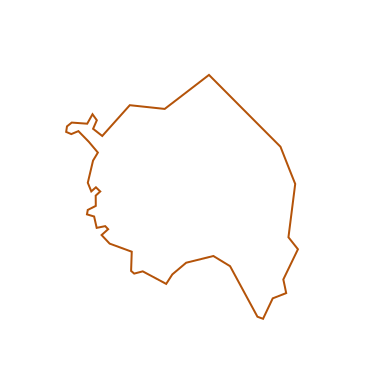 outline of Wulu, Lakes, South Sudan, rotated 221°
{"feature_id": "79223893B61000747889625", "entity_name": "Wulu", "entity_type": "district", "adm_level": 2, "iso_a3": "SSD", "parent_name": "South Sudan", "parent_adm1": "Lakes", "projection": "albers", "projection_center": [29.335, 6.219], "detail": "fine", "context": "isolated", "style": "outline", "palette": "amber", "viewbox_px": 384, "rotation_deg": 221, "n_neighbors": 0, "source": "geoboundaries", "source_scale": "gbopen_adm2", "svg_char_len": 790}
<svg xmlns="http://www.w3.org/2000/svg" viewBox="0 0 384 384"><g transform="rotate(221 192 192)"><path d="M326.4,154.8L321.1,156.5L317.7,163.4L302.9,162.2L288.9,160.0L287.3,150.8L276.7,130.6L268.4,126.4L267.6,132.5L261.6,132.2L262.3,126.1L255.5,118.4L258.9,110.1L256.6,106.2L249.8,109.3L240.4,102.4L235.1,109.3L230.9,108.9L232.0,100.2L220.3,99.0L198.3,107.4L186.2,92.5L182.1,92.5L177.1,99.8L151.2,105.7L152.8,116.9L150.0,134.8L133.9,157.7L114.6,161.0L60.8,140.8L55.2,142.9L61.3,164.7L54.6,177.5L60.1,181.7L65.7,185.9L74.5,218.3L89.5,221.1L119.4,265.8L133.4,273.0L154.9,284.2L213.4,288.4L256.0,291.5L257.3,285.1L267.1,236.8L295.9,216.7L296.5,175.4L308.1,174.8L310.9,183.7L318.1,185.4L315.9,174.8L328.3,165.5L329.4,159.5L326.4,154.8Z" fill="none" stroke="#b45309" stroke-width="2"/></g></svg>